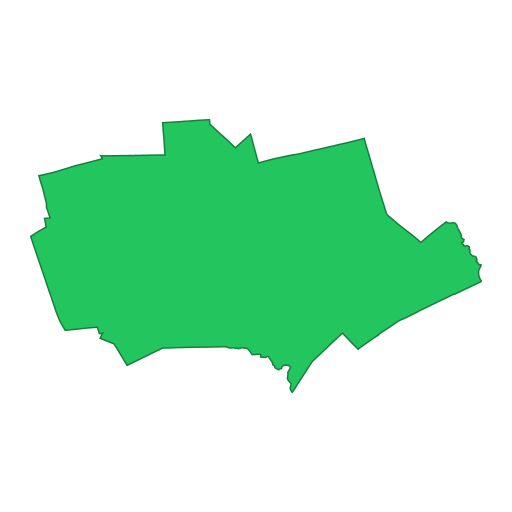 Cornatelu, Dâmbovita, Romania (Natural Earth projection)
{"feature_id": "2599482B11591247588372", "entity_name": "Cornatelu", "entity_type": "district", "adm_level": 2, "iso_a3": "ROU", "parent_name": "Romania", "parent_adm1": "Dâmbovita", "projection": "natural_earth1", "projection_center": [25.687, 44.731], "detail": "fine", "context": "isolated", "style": "filled", "palette": "green", "viewbox_px": 512, "rotation_deg": 0, "n_neighbors": 0, "source": "geoboundaries", "source_scale": "gbopen_adm2", "svg_char_len": 5928}
<svg xmlns="http://www.w3.org/2000/svg" viewBox="0 0 512 512"><path d="M378.5,334.9L378.3,334.7L381.4,332.5L390.2,326.7L390.3,326.6L393.9,324.1L399.0,320.7L406.9,317.2L407.1,317.1L417.2,312.1L419.6,310.7L430.8,305.3L437.3,302.1L453.8,294.2L454.4,294.3L481.0,281.7L481.3,280.8L480.2,279.2L479.4,277.4L478.9,276.0L478.7,274.2L478.5,271.7L479.0,269.7L479.7,268.2L480.8,266.3L480.9,265.9L481.1,265.1L480.9,264.7L480.4,264.7L479.5,264.6L478.8,264.4L478.5,264.0L478.0,263.1L477.8,262.6L477.4,262.3L476.7,262.0L476.3,261.5L476.4,261.0L476.9,260.6L477.0,260.4L476.9,260.1L476.7,259.8L476.8,259.4L476.8,259.1L476.8,258.7L476.3,258.2L476.2,257.3L476.0,257.1L475.2,256.7L474.2,256.1L473.5,256.0L472.6,256.1L472.2,255.8L471.7,255.0L470.6,254.1L470.0,253.5L469.8,252.7L469.8,252.0L470.2,251.0L469.8,250.3L469.7,249.5L469.2,249.1L469.1,248.7L469.1,248.2L469.4,247.5L469.3,246.8L468.4,246.2L467.7,245.7L466.9,245.6L465.8,246.2L465.5,246.3L465.2,246.3L464.9,246.2L464.5,245.8L464.0,245.6L463.7,245.6L463.4,245.4L463.4,245.0L463.5,244.8L463.5,244.6L462.8,244.1L462.0,243.8L461.8,243.4L461.6,242.9L461.7,242.6L462.8,242.2L463.4,242.0L463.7,241.4L463.7,240.8L463.8,240.3L464.0,239.9L464.1,239.7L463.7,239.3L462.5,238.7L461.8,238.0L461.4,237.2L461.3,236.4L461.4,235.1L461.1,234.7L460.6,233.6L460.4,232.8L459.9,232.1L459.0,230.4L458.3,229.4L457.9,228.5L457.7,228.0L457.3,226.8L456.9,225.7L456.4,224.5L455.2,223.2L453.8,222.8L452.1,222.7L450.7,223.1L449.7,223.2L448.2,222.9L447.1,222.5L446.3,221.9L446.2,222.0L442.2,224.9L436.5,229.4L432.6,232.5L429.5,235.1L427.0,237.2L422.2,241.3L421.1,242.2L420.9,242.3L414.1,236.7L412.5,235.4L409.9,233.3L397.9,224.0L393.4,220.0L387.9,215.5L387.4,215.0L387.0,214.5L386.7,214.0L386.3,212.9L385.3,209.9L384.2,206.1L383.4,203.7L382.3,200.2L381.8,198.6L380.4,194.0L379.1,190.0L378.2,186.8L377.0,182.6L376.0,179.3L375.5,177.5L374.8,175.0L374.3,173.1L373.7,170.9L373.4,169.9L373.2,169.6L373.1,169.4L371.4,163.4L369.7,157.5L368.3,152.6L366.4,146.3L365.6,143.5L364.4,139.4L364.2,138.6L364.2,138.4L363.3,138.7L362.4,138.9L357.9,140.1L353.6,141.1L350.3,142.0L346.9,142.8L345.5,143.1L339.7,144.4L332.9,146.0L328.9,146.9L323.5,148.2L319.1,149.2L317.5,149.6L314.8,150.1L313.8,150.3L312.9,150.5L312.1,150.8L309.5,151.4L308.6,151.6L306.1,152.2L304.2,152.6L302.4,153.1L302.1,153.2L301.8,153.3L299.8,153.7L296.8,154.3L293.7,154.8L291.2,155.2L289.3,155.5L287.8,155.8L286.1,156.2L284.2,156.6L277.2,158.1L271.5,159.4L259.4,162.7L258.3,163.0L258.3,162.8L257.9,161.2L255.7,153.2L251.5,137.4L250.5,134.1L246.4,137.9L235.3,147.8L235.0,147.5L233.9,146.5L233.6,146.1L228.0,140.8L223.3,136.5L218.5,132.2L218.3,132.0L210.2,124.5L209.9,124.1L209.6,120.5L209.5,119.7L200.7,120.2L200.4,120.2L198.2,120.3L195.7,120.5L190.2,121.0L188.5,121.1L186.4,121.2L185.8,121.2L185.4,121.2L185.0,121.2L184.6,121.3L182.1,121.5L181.3,121.6L179.3,121.7L176.4,121.9L171.6,122.2L162.7,122.7L163.2,130.3L163.2,130.5L163.5,134.1L163.8,137.2L163.9,138.9L164.1,141.4L164.4,146.2L165.0,155.0L164.8,155.0L163.0,155.0L159.5,155.0L156.6,155.1L155.6,155.1L152.7,155.1L147.8,155.2L146.9,155.2L146.5,155.2L146.3,155.3L143.3,155.3L142.1,155.3L141.7,155.3L140.3,155.4L139.6,155.4L138.1,155.4L137.6,155.4L136.7,155.4L136.2,155.4L135.4,155.4L133.7,155.5L133.3,155.6L131.7,155.5L131.0,155.5L129.8,155.5L128.6,155.5L128.1,155.6L123.4,155.6L121.4,155.6L118.6,155.7L109.9,155.8L101.1,155.8L100.8,155.8L101.0,156.0L101.2,156.4L101.5,157.1L102.3,158.8L89.8,162.1L75.8,165.6L73.4,166.3L71.4,166.9L70.2,167.3L69.1,167.7L67.1,168.3L61.8,169.9L57.9,171.1L53.4,172.4L51.5,172.9L47.0,173.9L44.4,174.6L38.9,175.6L40.5,181.6L42.8,188.5L43.3,190.4L43.4,190.7L43.3,190.8L45.9,201.2L46.1,201.9L46.4,203.2L46.5,207.2L49.2,215.5L49.3,215.7L50.1,217.8L50.1,218.0L47.3,218.2L47.1,218.2L44.5,218.4L46.2,227.0L40.7,230.2L39.7,230.6L39.2,230.9L38.6,231.3L37.7,231.9L36.1,233.0L34.9,233.6L34.5,233.8L34.2,234.3L33.9,234.7L33.0,234.9L31.7,235.7L30.9,236.3L30.7,236.5L31.3,238.3L33.5,245.0L36.2,252.9L40.2,264.8L44.7,277.9L46.2,282.5L46.4,283.1L46.7,283.9L47.2,285.5L47.6,286.5L48.6,289.6L48.9,290.4L49.0,290.8L51.1,296.7L52.5,301.1L54.1,305.6L56.0,311.5L57.8,316.1L59.9,321.1L61.8,324.6L64.2,328.6L65.2,330.3L76.2,329.2L86.5,328.1L97.4,327.2L99.3,333.8L99.1,333.9L102.6,333.1L100.1,338.4L113.8,343.8L115.5,346.1L127.1,365.4L147.7,355.3L158.7,349.9L159.0,350.0L160.5,349.0L162.8,348.1L176.1,347.7L194.3,347.2L207.4,347.1L220.6,346.8L224.6,346.8L225.7,346.8L226.1,346.7L228.1,347.6L230.1,348.1L231.4,347.9L233.6,347.8L235.7,348.3L237.3,348.3L238.7,348.8L239.4,348.4L241.4,347.8L243.3,347.9L244.6,348.2L246.0,348.2L247.3,348.5L249.6,350.9L250.7,352.6L252.1,354.6L254.7,354.6L257.2,354.3L260.1,354.3L260.7,354.7L260.7,355.5L260.6,356.1L260.6,357.0L260.8,357.2L261.4,357.2L262.2,357.3L262.5,357.1L263.2,357.1L264.1,357.4L265.0,357.5L265.5,357.3L266.0,357.2L266.7,356.8L267.2,356.4L267.6,356.3L268.0,356.4L268.4,356.7L269.2,357.8L270.5,359.7L271.9,361.5L272.8,364.1L272.9,364.8L273.1,365.1L274.0,365.5L274.4,365.7L274.6,366.1L274.9,367.4L275.5,368.2L277.8,369.3L278.8,369.8L279.3,369.4L280.0,369.1L280.5,368.7L281.3,368.5L281.5,368.3L281.9,366.7L282.1,366.4L282.9,366.0L283.2,365.6L283.8,365.4L284.7,365.3L286.3,365.2L287.5,365.4L288.9,365.5L289.2,365.8L289.9,366.2L290.5,367.1L290.3,367.9L289.0,370.4L288.3,371.3L288.0,371.9L287.9,372.5L287.9,374.5L287.4,378.5L288.2,380.3L289.1,381.5L290.8,383.3L291.0,383.7L291.1,384.1L291.0,384.8L290.4,386.9L290.3,387.3L290.3,388.9L290.4,389.4L291.0,390.6L291.6,391.5L292.2,392.3L292.4,392.1L295.0,388.4L295.9,386.9L296.3,386.2L297.2,384.8L297.7,383.9L300.7,379.4L305.4,372.1L306.3,370.6L308.5,367.3L310.7,363.9L312.4,361.3L316.2,357.8L320.0,354.3L324.2,350.3L327.7,347.0L331.6,343.2L334.8,340.2L342.3,333.3L342.5,333.2L342.8,333.5L345.0,335.8L348.8,339.7L351.5,342.6L357.9,349.0L358.2,349.3L358.3,349.1L358.9,348.6L360.0,347.6L361.6,346.6L362.8,345.6L364.2,344.7L369.5,341.0L376.2,336.4L378.2,335.1L378.5,334.9Z" fill="#22c55e" stroke="#15803d" stroke-width="1.5"/></svg>